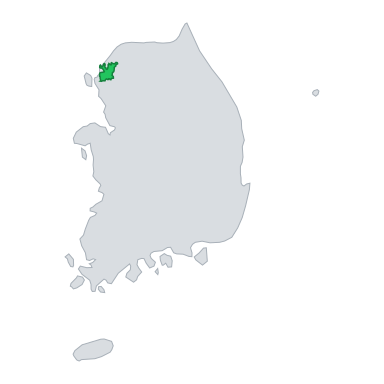 Paju-si, Gyeonggi, South Korea (highlighted)
{"feature_id": "91817680B14253606839965", "entity_name": "Paju-si", "entity_type": "district", "adm_level": 2, "iso_a3": "KOR", "parent_name": "South Korea", "parent_adm1": "Gyeonggi", "projection": "robinson", "projection_center": [126.826, 37.84], "detail": "fine", "context": "in_parent", "style": "filled", "palette": "green", "viewbox_px": 384, "rotation_deg": 0, "n_neighbors": 0, "source": "geoboundaries", "source_scale": "gbopen_adm2", "svg_char_len": 4299}
<svg xmlns="http://www.w3.org/2000/svg" viewBox="0 0 384 384"><path d="M97.8,75.4L99.4,74.3L99.5,72.6L99.5,67.0L104.0,63.2L110.4,55.3L113.5,50.9L117.1,46.9L121.2,44.2L125.3,42.9L131.6,42.3L143.9,42.9L146.3,42.4L154.8,42.0L156.8,42.7L163.0,43.1L169.8,42.6L173.3,41.5L176.4,39.5L179.2,35.9L182.1,29.2L185.1,24.0L186.9,23.0L199.6,50.9L211.7,68.9L222.0,81.9L236.8,107.0L241.3,120.4L241.7,128.7L244.3,140.2L242.3,146.7L243.0,157.1L242.1,162.4L240.4,166.3L240.4,173.8L241.0,177.8L241.1,183.1L242.3,185.2L244.0,186.0L246.6,184.0L249.9,183.2L249.4,189.6L245.6,205.8L242.2,217.6L237.7,227.9L231.8,237.3L224.7,241.0L219.7,242.3L210.1,242.8L202.1,241.2L195.3,242.3L192.5,244.3L190.5,247.7L192.0,252.9L191.9,256.7L188.9,256.4L183.1,254.2L176.7,253.9L173.7,252.8L170.6,247.3L167.5,247.5L162.1,250.7L153.9,251.5L151.0,253.2L150.0,255.5L151.2,258.4L155.4,262.2L154.0,266.1L149.7,268.0L146.2,263.2L144.0,258.6L141.5,258.4L137.8,259.7L137.0,264.7L138.8,268.1L141.7,272.0L137.6,276.6L136.6,279.8L133.6,282.2L125.8,277.0L126.9,273.3L130.3,269.8L130.7,266.1L129.6,263.9L118.3,273.2L111.4,283.7L107.7,282.9L106.1,280.2L104.0,279.1L96.4,285.9L95.1,291.3L92.3,291.5L91.1,289.2L91.0,284.3L89.7,280.2L82.0,274.3L78.4,269.0L80.3,266.1L86.8,267.7L92.0,267.5L91.0,265.0L89.3,263.8L92.7,262.5L95.6,259.6L93.2,258.8L89.6,260.5L86.6,259.7L85.4,252.8L81.7,245.8L79.9,239.0L83.5,235.1L85.3,229.1L88.7,220.3L90.4,217.4L95.0,215.4L96.7,213.1L94.1,211.9L90.1,210.9L90.2,208.3L92.9,207.0L96.0,204.2L102.0,200.8L103.9,194.3L102.2,192.7L98.4,191.2L99.3,188.0L100.8,185.5L100.2,184.0L95.8,179.8L92.9,176.0L93.8,171.7L93.1,165.1L93.5,159.6L93.3,156.6L91.2,149.9L90.2,143.2L87.4,144.2L85.1,145.8L76.9,143.5L74.4,143.3L73.3,138.3L76.3,132.1L83.2,126.7L87.2,126.0L90.2,123.6L94.9,122.9L100.5,126.6L105.5,127.3L108.3,133.7L110.0,135.0L110.4,132.7L114.5,130.0L115.4,127.9L114.6,126.8L109.9,125.6L105.7,117.7L105.1,114.3L103.6,112.1L105.8,105.8L101.0,98.5L98.6,96.3L99.0,89.8L96.4,85.7L95.0,83.4L94.2,79.5L94.9,77.7L97.1,77.1L97.8,75.4ZM81.5,359.6L79.2,361.0L77.0,360.1L76.4,359.5L73.8,355.9L73.1,354.1L74.9,350.6L82.1,344.8L100.8,339.2L104.2,339.0L111.6,341.4L113.2,345.8L111.8,349.7L110.1,352.2L101.5,356.6L94.9,358.7L81.5,359.6ZM207.3,261.2L202.5,265.1L195.8,259.9L194.2,257.0L199.2,252.9L203.5,248.1L206.3,247.8L207.3,261.2ZM172.2,260.8L171.6,266.9L168.0,267.2L165.7,263.2L163.4,265.1L162.2,265.2L160.4,260.3L160.0,256.5L164.3,253.6L167.0,255.3L170.7,256.2L172.2,260.8ZM76.8,287.9L73.4,288.9L71.6,286.8L70.3,286.2L71.0,283.4L76.5,277.8L77.5,275.9L82.5,277.1L84.4,280.0L82.1,284.5L76.8,287.9ZM92.0,78.2L91.7,86.5L88.9,86.1L87.0,85.3L86.1,83.7L84.2,76.0L86.4,72.9L90.6,75.4L92.0,78.2ZM73.6,265.4L72.9,266.9L70.7,266.5L68.3,262.2L67.4,258.8L65.1,256.9L68.8,253.9L73.4,259.3L73.6,265.4ZM86.6,155.7L85.8,159.7L82.4,157.1L81.5,148.2L85.0,150.8L86.6,155.7ZM318.0,94.3L315.7,96.2L312.9,94.3L312.6,92.4L314.0,90.7L317.3,89.6L318.9,91.1L318.0,94.3ZM103.9,289.6L104.7,292.6L100.5,292.0L98.3,289.2L98.6,286.7L101.1,286.4L103.9,289.6ZM158.3,272.7L157.8,274.6L155.1,271.7L157.7,268.5L158.3,272.7Z" fill="#d9dde1" stroke="#a8b0b8" stroke-width="1"/><path d="M108.2,64.9L108.1,66.6L108.1,67.1L107.7,67.8L107.7,68.4L107.4,69.0L106.9,69.4L106.1,68.9L105.8,67.7L105.1,67.6L104.8,66.5L105.1,65.3L105.1,64.5L104.7,63.7L104.1,63.6L103.5,64.3L103.7,65.2L103.0,65.6L102.7,66.3L102.1,66.6L101.6,66.3L100.9,66.0L100.3,65.1L99.8,65.8L99.7,67.4L100.3,68.0L101.9,68.1L103.0,69.2L103.7,70.3L103.9,70.8L104.3,71.4L104.1,71.9L103.1,72.1L102.7,72.3L101.4,72.4L100.5,72.6L99.9,73.0L99.6,73.7L99.6,76.3L99.9,76.3L100.1,77.0L100.2,77.8L100.2,78.5L100.4,79.2L100.6,79.8L100.6,80.8L100.2,81.1L101.5,81.3L102.8,80.7L104.0,80.8L105.0,80.8L105.4,79.8L106.1,79.1L106.7,78.9L107.4,79.5L108.3,79.5L108.7,78.7L109.5,78.8L110.1,79.6L110.9,79.7L111.2,78.8L111.8,78.3L112.7,78.3L113.4,78.2L113.4,77.4L113.3,76.6L112.6,75.8L112.0,75.4L112.2,74.6L112.4,73.7L112.4,72.7L113.1,72.1L113.5,72.0L113.8,71.4L114.0,70.8L114.1,69.9L114.3,68.1L114.2,67.6L114.9,66.7L115.8,66.0L115.7,65.7L115.8,65.1L116.3,64.6L117.1,64.1L117.6,63.8L117.5,63.1L117.1,62.6L116.0,62.4L115.3,63.1L114.6,63.8L112.8,63.6L112.1,63.0L111.4,62.7L111.1,63.3L111.1,64.1L111.2,64.7L110.7,64.8L109.9,64.4L109.5,64.0L108.9,63.5L108.8,63.8L108.7,64.7L108.5,65.0L108.2,64.9Z" fill="#22c55e" stroke="#15803d" stroke-width="1.5"/></svg>